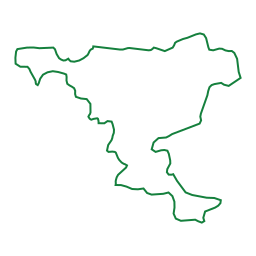 Jigawa, Mercator projection
{"feature_id": "NGA-2868", "entity_name": "Jigawa", "entity_type": "State", "adm_level": 1, "iso_a3": "NGA", "parent_name": "Nigeria", "parent_adm1": "", "projection": "mercator", "projection_center": [9.387, 11.959], "detail": "fine", "context": "isolated", "style": "outline", "palette": "green", "viewbox_px": 256, "rotation_deg": 0, "n_neighbors": 0, "source": "natural_earth", "source_scale": "10m", "svg_char_len": 2262}
<svg xmlns="http://www.w3.org/2000/svg" viewBox="0 0 256 256"><path d="M93.3,46.4L119.6,49.5L123.0,49.5L127.8,48.1L129.4,48.0L148.6,50.3L150.5,50.1L151.1,49.9L152.1,49.2L153.1,48.3L153.8,47.6L156.2,48.2L164.8,51.1L172.7,47.6L174.1,45.3L175.1,42.8L176.8,41.6L183.0,39.0L187.4,37.8L195.9,34.4L200.0,33.4L203.8,34.5L206.1,38.1L208.4,47.4L209.3,49.7L213.2,50.3L219.2,48.6L222.1,48.8L225.4,50.4L228.7,51.1L231.8,51.0L234.3,52.9L237.1,58.8L238.7,71.9L240.6,77.9L228.7,85.9L224.0,84.7L221.2,82.9L214.4,84.1L211.6,85.1L209.5,87.2L208.2,91.1L207.4,95.2L200.9,113.6L200.3,116.6L201.1,120.4L199.6,123.6L172.1,134.1L169.1,136.0L166.1,137.5L158.5,138.1L153.6,142.5L151.7,149.3L155.6,151.9L161.1,150.3L164.3,150.0L167.4,150.7L168.8,153.8L170.2,160.4L170.3,163.5L167.3,169.1L166.9,172.2L168.7,174.6L171.7,174.7L173.2,174.2L177.0,180.8L185.6,192.4L192.2,195.0L206.6,197.7L214.3,198.0L220.8,200.2L220.4,203.2L218.2,205.7L215.1,207.6L205.1,211.5L203.3,217.8L204.3,221.1L201.8,222.6L198.3,221.3L195.2,219.7L180.9,220.8L175.8,218.6L173.6,213.6L174.5,207.6L174.4,201.7L172.4,196.1L168.5,192.5L163.3,193.8L151.6,194.6L147.1,193.0L143.5,188.5L137.9,189.3L132.1,189.0L126.5,186.6L121.1,185.1L115.6,185.0L115.8,183.8L115.7,181.3L115.9,180.1L116.7,177.3L118.1,174.8L126.1,167.5L127.0,165.4L124.9,164.2L123.7,163.8L121.6,162.5L119.2,159.9L117.9,157.8L115.8,152.6L114.8,151.9L112.3,151.6L108.5,151.9L107.0,150.6L108.2,145.0L111.5,140.2L112.3,138.0L112.7,135.8L113.8,132.9L114.0,129.7L112.6,124.2L111.6,121.6L107.5,121.1L104.3,123.3L98.6,123.2L98.5,120.9L97.9,118.7L97.2,118.3L93.5,118.9L91.3,119.7L90.5,119.3L89.6,118.6L88.4,116.7L89.1,115.2L90.0,114.0L90.5,112.4L90.4,103.9L86.7,99.1L80.9,98.5L75.9,96.8L75.1,94.0L75.2,90.8L74.1,88.2L71.9,86.7L69.5,85.4L67.3,83.8L66.5,80.5L66.6,76.9L66.2,74.5L64.0,73.6L58.2,72.0L52.8,71.2L47.5,72.3L43.0,74.7L40.2,78.7L38.7,83.3L37.7,85.1L36.1,84.1L35.7,82.8L35.7,81.5L35.1,79.9L30.5,71.7L29.4,69.0L27.5,66.8L20.3,66.7L15.6,63.7L15.4,57.8L16.1,51.5L17.4,49.1L27.0,47.6L33.5,47.5L39.4,48.2L53.3,47.6L55.0,49.3L56.6,54.0L59.1,58.2L61.2,59.6L63.4,60.5L65.5,60.3L68.3,58.7L69.4,60.2L70.7,61.3L74.3,61.7L79.2,60.5L83.5,58.2L87.6,55.0L88.5,53.4L89.3,51.6L90.0,50.4L91.2,49.3L92.7,48.7L93.2,47.2L93.3,46.4Z" fill="none" stroke="#15803d" stroke-width="2"/></svg>